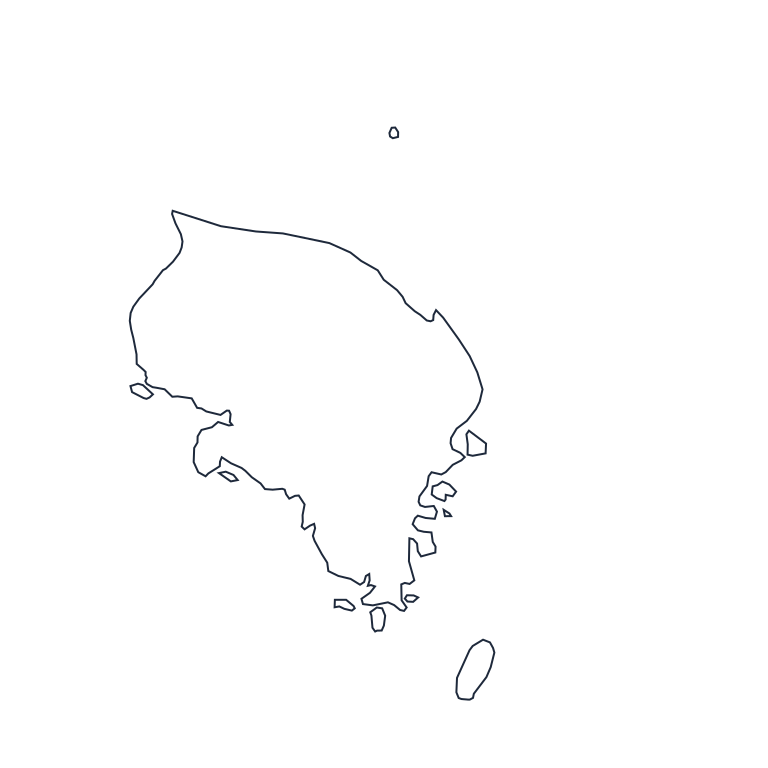 SVG path tracing the border of South Korea, rotated 311°
{"feature_id": "KOR", "entity_name": "South Korea", "entity_type": "country or territory", "adm_level": 0, "iso_a3": "KOR", "parent_name": "Asia", "parent_adm1": "", "projection": "mercator", "projection_center": [127.333, 35.912], "detail": "fine", "context": "isolated", "style": "outline", "palette": "slate", "viewbox_px": 768, "rotation_deg": 311, "n_neighbors": 0, "source": "natural_earth", "source_scale": "50m", "svg_char_len": 3296}
<svg xmlns="http://www.w3.org/2000/svg" viewBox="0 0 768 768"><g transform="rotate(311 384 384)"><path d="M234.2,198.2L236.7,196.2L236.9,193.4L236.9,184.2L244.0,177.8L254.2,164.7L259.2,157.5L264.9,150.7L271.4,146.2L277.9,144.1L288.0,143.2L307.5,144.0L311.3,143.2L324.9,142.5L328.0,143.7L337.9,144.5L348.8,143.7L354.3,141.7L359.4,138.4L363.8,132.4L368.4,121.3L373.3,112.5L376.1,110.9L396.1,157.4L415.1,187.3L431.3,208.9L454.5,250.3L461.2,272.4L461.9,286.0L465.7,304.7L462.5,315.4L463.4,332.3L462.0,340.9L459.2,347.3L459.1,359.5L460.0,366.0L460.0,374.6L461.9,378.0L464.5,379.2L468.7,376.1L473.9,374.8L472.9,385.1L466.7,411.3L461.3,430.3L454.0,446.8L444.6,461.9L433.4,467.8L425.5,469.9L410.5,470.7L398.0,468.1L387.3,470.0L383.0,473.1L379.8,478.5L382.1,486.8L381.8,492.9L377.2,492.5L368.1,488.9L358.0,488.4L353.3,486.6L348.6,477.8L343.7,478.2L335.3,483.4L322.4,484.5L317.8,487.4L316.2,491.0L318.1,495.6L324.6,501.6L322.4,507.7L315.6,510.8L310.2,503.3L306.8,495.9L303.0,495.5L297.0,497.6L295.8,505.6L298.6,511.0L303.1,517.2L296.8,524.4L295.1,529.6L290.5,533.3L278.2,525.1L280.0,519.2L285.3,513.6L286.0,507.8L284.2,504.4L266.6,519.1L255.7,535.7L249.9,534.5L247.5,530.2L244.1,528.5L232.3,539.2L230.2,547.7L225.9,548.0L224.0,544.4L223.8,536.7L221.8,530.2L209.6,520.8L204.1,512.5L207.1,507.9L217.2,510.4L225.3,510.0L223.7,506.1L221.1,504.2L226.4,502.0L230.9,497.5L227.2,496.3L221.5,498.9L216.8,497.6L215.0,486.7L209.2,475.5L206.3,464.7L211.9,458.4L214.8,448.7L220.1,434.5L222.7,430.0L230.0,426.6L232.6,423.0L228.6,421.1L222.2,419.4L222.4,415.4L226.7,413.1L231.6,408.6L241.0,403.1L243.9,392.8L241.2,390.2L235.3,387.7L236.6,382.4L239.1,378.4L238.2,376.0L231.2,369.3L226.6,363.1L228.0,356.1L226.9,345.4L227.5,336.4L227.2,331.6L223.8,320.6L222.3,309.6L217.8,311.2L214.2,314.0L201.3,310.1L197.3,309.9L195.6,301.7L200.2,291.6L211.2,282.7L217.5,281.6L222.2,277.7L229.6,276.4L238.5,282.5L246.5,283.7L250.9,294.1L253.6,296.3L254.2,292.5L260.6,288.0L262.2,284.6L260.8,282.8L253.4,280.9L246.7,267.9L245.8,262.3L243.4,258.6L247.0,248.3L239.3,236.4L235.5,232.6L236.1,221.9L232.1,215.1L229.8,211.4L228.5,204.9L229.6,202.0L233.1,200.9L234.2,198.2ZM209.2,655.0L205.5,657.1L202.1,655.8L201.2,654.8L197.1,649.2L196.0,646.4L198.8,640.9L210.1,631.9L239.2,623.2L244.5,622.8L256.0,626.5L258.5,633.5L256.3,639.5L253.7,643.5L240.3,650.3L230.0,653.6L209.2,655.0ZM406.0,500.1L398.3,506.2L388.0,498.0L385.5,493.4L393.4,486.8L400.1,479.2L404.5,478.7L406.0,500.1ZM351.0,499.3L350.1,509.0L344.3,509.5L340.9,503.3L337.2,506.3L335.3,506.4L332.4,498.6L331.9,492.5L338.7,487.9L342.8,490.7L348.7,492.1L351.0,499.3ZM201.6,542.4L196.4,544.0L193.4,540.6L191.4,539.7L192.5,535.2L201.0,526.4L202.7,523.4L210.6,525.2L213.5,529.8L209.9,536.9L201.6,542.4ZM225.0,202.8L224.6,216.4L220.1,215.9L217.0,214.5L215.7,211.8L212.6,199.2L216.1,194.0L222.8,198.1L225.0,202.8ZM196.5,506.7L195.5,509.1L191.9,508.4L188.3,501.6L186.8,496.2L183.1,493.2L188.9,488.5L196.3,497.0L196.5,506.7ZM216.6,330.1L215.5,336.6L210.0,332.3L208.5,317.9L214.0,322.1L216.6,330.1ZM583.4,229.4L579.7,232.5L575.3,229.4L574.8,226.2L577.0,223.4L582.4,221.7L584.9,224.2L583.4,229.4ZM243.9,545.1L245.3,549.8L238.7,548.9L235.2,544.4L235.7,540.5L239.6,539.9L243.9,545.1ZM329.2,518.3L328.3,521.3L324.2,516.7L328.2,511.6L329.2,518.3Z" fill="none" stroke="#1e293b" stroke-width="2"/></g></svg>